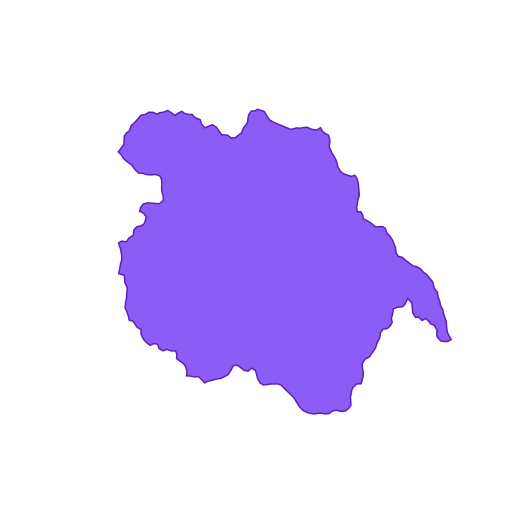 outline of Cláudio, Minas Gerais, Brazil, rotated 151°
{"feature_id": "56859067B78094435650232", "entity_name": "Cláudio", "entity_type": "district", "adm_level": 2, "iso_a3": "BRA", "parent_name": "Brazil", "parent_adm1": "Minas Gerais", "projection": "natural_earth1", "projection_center": [-44.782, -20.402], "detail": "fine", "context": "isolated", "style": "filled", "palette": "violet", "viewbox_px": 512, "rotation_deg": 151, "n_neighbors": 0, "source": "geoboundaries", "source_scale": "gbopen_adm2", "svg_char_len": 3764}
<svg xmlns="http://www.w3.org/2000/svg" viewBox="0 0 512 512"><g transform="rotate(151 256 256)"><path d="M250.8,418.5L255.6,418.7L258.7,418.2L260.3,421.8L262.7,426.1L267.2,426.6L270.9,428.1L273.8,428.1L276.6,431.7L280.3,433.8L284.0,433.4L288.2,434.8L293.9,432.8L297.8,431.4L302.0,430.5L306.1,426.8L310.1,426.3L313.1,424.8L314.9,421.7L317.4,417.8L322.4,415.4L325.9,413.9L324.7,409.3L324.4,404.4L322.5,400.0L320.6,395.7L319.9,390.2L318.6,385.7L314.5,382.7L311.4,379.6L308.0,377.7L304.2,375.9L301.2,372.4L301.6,368.7L303.0,365.5L305.1,362.2L307.1,357.8L308.4,352.7L310.2,349.4L315.3,348.6L318.9,351.0L322.1,353.1L325.1,355.1L329.1,356.1L333.3,354.4L336.2,351.4L333.8,348.4L333.0,343.8L335.9,340.3L338.6,338.3L342.0,338.1L346.1,339.4L350.3,337.8L353.4,333.6L358.5,333.4L362.3,331.2L366.3,334.1L369.9,334.1L370.6,329.8L371.7,325.9L373.3,321.3L375.5,317.4L377.8,315.4L379.9,312.8L382.1,310.1L384.6,307.0L380.5,303.0L382.4,298.9L383.7,295.6L383.7,291.2L385.5,288.3L388.0,284.7L390.1,281.4L392.7,278.6L395.6,274.2L396.0,269.6L396.7,265.6L398.0,261.3L395.4,259.1L394.8,254.7L394.5,251.2L392.2,247.4L394.4,243.5L394.8,237.3L393.5,232.8L391.9,229.2L387.5,228.8L384.8,226.5L385.7,222.2L383.4,218.2L379.2,217.6L375.8,213.8L372.4,212.1L372.8,208.5L375.2,204.8L373.4,200.7L371.9,197.9L371.2,194.3L372.1,188.8L374.9,184.8L372.4,183.4L368.3,180.0L364.8,178.4L363.4,174.4L362.5,169.9L358.7,169.9L355.2,168.7L351.0,167.8L346.3,166.1L341.6,165.7L337.8,165.9L333.1,168.3L329.3,171.0L325.6,169.9L323.8,166.5L322.0,161.9L318.7,159.1L314.0,160.0L312.0,156.0L312.9,152.1L314.0,148.3L314.0,143.3L312.3,139.8L309.1,138.3L305.6,137.1L301.4,134.9L298.8,133.5L296.5,130.8L295.3,126.0L293.6,120.3L291.6,114.0L291.3,107.7L291.0,102.5L289.3,97.2L286.5,93.7L284.2,91.6L281.6,89.6L278.0,88.3L274.9,86.7L272.0,84.3L268.3,82.7L264.4,83.4L260.4,82.1L258.1,79.9L255.4,77.9L252.6,77.2L248.4,77.9L245.3,79.5L243.5,83.2L241.8,86.9L239.3,89.6L237.3,92.2L234.9,94.0L230.1,95.3L226.0,93.3L223.5,95.8L220.6,98.8L218.5,102.1L217.4,106.0L215.4,110.3L210.7,112.9L205.9,112.7L201.8,114.8L199.1,116.0L195.7,118.0L191.7,121.7L187.6,124.3L184.7,128.3L180.4,130.5L176.7,128.9L173.0,129.6L169.1,131.8L167.9,135.8L164.9,138.8L161.4,143.3L157.4,142.6L152.3,140.6L149.2,141.5L146.8,143.2L143.9,145.2L142.4,139.3L144.5,134.9L146.5,130.1L146.2,125.0L143.4,123.7L141.9,119.0L138.1,119.2L136.6,115.6L136.3,112.0L133.7,109.0L133.6,103.5L135.4,100.6L136.8,97.7L135.7,92.5L132.8,89.8L129.5,88.3L125.8,88.2L125.9,93.3L125.4,97.3L123.6,101.7L121.3,106.7L120.4,111.8L119.8,115.3L118.6,118.4L118.6,123.2L117.2,127.4L116.6,132.0L114.9,136.4L115.7,141.3L114.0,148.1L115.1,153.3L115.7,157.1L117.4,160.6L118.2,164.6L120.4,168.5L123.4,171.2L125.1,174.9L127.3,179.9L128.7,183.9L131.8,186.9L131.9,191.1L130.0,195.5L129.3,200.0L128.9,204.2L129.3,208.9L130.4,213.0L129.5,217.3L131.0,220.4L134.0,221.8L137.5,223.7L139.2,228.5L141.4,232.5L144.0,236.4L142.9,240.0L142.8,243.9L145.9,245.5L144.4,249.6L141.7,253.2L139.1,256.2L136.1,259.1L133.3,265.5L131.1,270.6L130.2,274.9L130.4,278.7L134.0,279.4L137.0,282.6L139.7,285.7L141.1,289.0L141.2,294.5L139.7,299.5L139.4,304.2L139.7,309.6L138.9,316.5L136.0,320.0L134.7,323.3L134.0,326.8L136.1,329.5L137.4,332.8L137.4,336.9L141.9,336.7L145.9,339.8L148.7,343.7L152.1,345.3L155.7,346.4L158.3,348.3L161.2,349.0L164.3,349.9L167.3,353.8L170.7,358.1L173.6,361.5L176.0,364.9L178.1,368.4L178.6,373.4L178.7,378.4L181.5,381.5L183.6,383.7L186.5,383.4L190.0,385.1L193.7,383.2L196.2,380.4L198.2,377.4L200.8,375.8L204.7,374.2L208.9,370.8L214.3,369.9L217.2,369.5L220.5,371.4L222.4,375.6L227.1,378.6L227.9,383.9L228.2,387.9L230.6,392.0L234.6,392.5L238.6,392.9L239.6,397.8L238.7,402.2L240.8,404.6L242.5,407.3L243.2,410.8L246.1,412.3L249.0,414.8L250.8,418.5Z" fill="#8b5cf6" stroke="#5b21b6" stroke-width="1.5"/></g></svg>